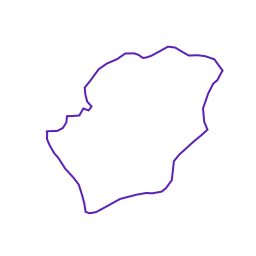 the district of Sijung, Chagang-do, North Korea, rotated 19°
{"feature_id": "82179303B78887339067777", "entity_name": "Sijung", "entity_type": "district", "adm_level": 2, "iso_a3": "PRK", "parent_name": "North Korea", "parent_adm1": "Chagang-do", "projection": "orthographic", "projection_center": [126.385, 41.005], "detail": "fine", "context": "isolated", "style": "outline", "palette": "violet", "viewbox_px": 256, "rotation_deg": 19, "n_neighbors": 0, "source": "geoboundaries", "source_scale": "gbopen_adm2", "svg_char_len": 1022}
<svg xmlns="http://www.w3.org/2000/svg" viewBox="0 0 256 256"><g transform="rotate(19 128 128)"><path d="M198.8,43.0L187.2,34.9L177.3,35.0L170.3,36.5L161.8,39.7L153.4,38.1L146.4,36.6L139.3,38.1L133.6,44.4L126.5,52.2L122.3,55.4L119.4,56.9L113.8,55.4L109.6,55.4L101.1,58.5L95.4,66.3L86.9,74.1L81.2,81.9L76.8,96.0L73.9,103.8L76.7,110.1L80.8,116.3L86.5,119.5L85.0,124.2L79.4,124.1L77.9,132.0L70.8,135.1L66.5,136.6L67.9,142.9L66.4,149.2L62.1,153.8L57.9,155.4L53.6,157.0L52.3,157.7L53.6,160.1L55.0,164.8L59.2,169.5L66.2,175.7L71.8,178.9L81.6,186.7L92.9,192.9L99.9,197.6L106.9,207.0L111.1,213.3L115.2,221.1L119.5,221.1L125.2,217.9L130.9,211.7L135.2,207.0L139.4,202.3L143.7,197.6L150.8,192.9L157.0,188.8L157.9,188.2L166.4,183.5L172.1,181.9L180.6,177.2L183.5,172.5L186.4,163.1L185.0,156.9L183.6,150.6L182.2,144.4L185.1,136.5L189.4,128.7L194.5,119.4L199.4,111.5L203.7,103.7L198.1,97.4L195.3,91.2L192.5,84.9L192.6,77.1L192.6,69.3L194.1,58.4L196.9,53.7L198.4,44.3L198.8,43.0Z" fill="none" stroke="#5b21b6" stroke-width="2"/></g></svg>